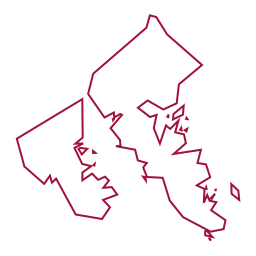 Gao-Bugotu, Isabel, Solomon Islands (Equal Earth projection)
{"feature_id": "97153195B92120906809587", "entity_name": "Gao-Bugotu", "entity_type": "district", "adm_level": 2, "iso_a3": "SLB", "parent_name": "Solomon Islands", "parent_adm1": "Isabel", "projection": "equal_earth", "projection_center": [159.757, -8.429], "detail": "medium", "context": "isolated", "style": "outline", "palette": "rose", "viewbox_px": 256, "rotation_deg": 0, "n_neighbors": 0, "source": "geoboundaries", "source_scale": "gbopen_adm2", "svg_char_len": 1899}
<svg xmlns="http://www.w3.org/2000/svg" viewBox="0 0 256 256"><path d="M88.1,93.9L104.5,117.5L113.9,112.5L114.1,117.5L120.2,114.0L122.0,114.9L110.6,128.2L120.0,140.0L120.5,145.8L116.0,146.2L135.1,149.7L137.8,160.4L146.8,163.0L143.2,167.4L147.0,177.0L162.7,177.8L169.7,200.5L183.1,217.2L210.6,231.7L223.6,229.1L225.5,220.2L211.1,210.2L216.3,202.1L209.6,200.8L207.2,195.0L203.8,202.8L204.5,189.0L196.8,185.4L210.2,177.2L206.0,164.4L197.5,163.0L200.9,149.8L173.8,153.9L185.9,143.2L184.0,134.4L175.2,132.3L178.4,120.7L170.2,128.9L166.0,125.4L159.9,143.6L153.8,128.2L156.6,114.9L150.0,117.0L137.9,107.7L147.6,100.5L163.3,109.5L176.7,103.3L178.9,84.3L202.0,65.0L167.1,34.4L156.2,17.0L149.9,15.4L146.4,27.7L93.2,73.7L88.1,93.9ZM16.8,138.7L24.4,166.5L44.2,183.9L50.0,175.6L51.9,182.7L56.1,178.6L75.7,214.5L102.0,219.0L110.0,207.3L103.1,199.9L117.2,194.6L111.8,187.1L103.3,187.8L108.9,180.6L105.0,176.7L98.1,179.8L92.1,173.6L82.4,180.3L82.4,172.5L91.2,166.1L82.2,164.0L74.5,147.9L83.2,143.5L75.4,143.7L82.7,137.5L82.3,99.1L16.8,138.7ZM239.2,199.9L238.3,190.6L231.3,184.1L231.6,193.8L239.2,199.9ZM183.7,105.6L173.5,114.0L173.0,119.4L182.9,114.7L183.7,105.6ZM87.3,148.8L80.2,147.9L78.5,149.0L81.8,154.4L87.3,148.8ZM212.4,237.0L206.6,230.5L205.1,231.4L205.2,235.3L212.4,237.0ZM211.6,199.1L215.0,193.7L210.8,198.3L211.6,199.1ZM95.5,152.9L93.1,150.9L93.1,153.1L95.5,152.9ZM186.4,131.4L187.2,128.8L184.8,130.2L186.4,131.4ZM181.6,130.4L181.2,127.9L180.1,129.9L181.6,130.4ZM145.8,180.5L145.5,177.2L143.1,176.7L145.8,180.5ZM168.3,117.1L168.6,114.5L167.4,116.8L168.3,117.1ZM206.6,188.9L206.2,187.2L205.5,189.0L206.6,188.9ZM187.4,119.1L186.5,117.8L186.1,118.9L187.4,119.1ZM215.4,191.2L215.8,189.6L215.6,189.6L215.4,191.2ZM113.1,120.2L113.7,119.3L112.9,119.2L113.1,120.2ZM94.4,165.4L94.6,164.0L93.7,164.9L94.4,165.4ZM210.6,240.6L210.5,239.5L208.8,237.9L210.6,240.6Z" fill="none" stroke="#9f1239" stroke-width="2"/></svg>